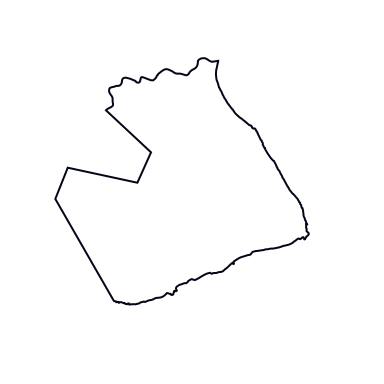 Gros Piton, Soufrière, Saint Lucia (Mercator projection), rotated 203°
{"feature_id": "8701671B60383917462580", "entity_name": "Gros Piton", "entity_type": "district", "adm_level": 2, "iso_a3": "LCA", "parent_name": "Saint Lucia", "parent_adm1": "Soufrière", "projection": "mercator", "projection_center": [-61.071, 13.808], "detail": "fine", "context": "isolated", "style": "outline", "palette": "ink", "viewbox_px": 384, "rotation_deg": 203, "n_neighbors": 0, "source": "geoboundaries", "source_scale": "gbopen_adm2", "svg_char_len": 5536}
<svg xmlns="http://www.w3.org/2000/svg" viewBox="0 0 384 384"><g transform="rotate(203 192 192)"><path d="M315.1,132.2L221.5,61.3L220.5,61.3L220.1,61.3L219.4,61.6L219.0,61.2L218.6,61.0L217.5,61.8L216.9,62.1L216.3,62.0L216.2,61.9L216.4,61.5L216.2,61.4L215.8,61.6L215.5,62.0L215.5,62.3L214.2,62.9L213.4,63.0L212.7,63.0L212.0,63.0L211.6,62.9L211.4,63.0L211.1,63.4L210.7,63.5L210.5,63.4L209.6,63.0L209.0,63.0L208.7,63.1L208.1,63.7L207.5,64.1L207.6,63.6L207.2,63.6L206.8,64.1L206.5,64.4L205.8,64.0L205.3,64.0L205.1,64.3L204.5,64.7L201.2,66.2L200.0,66.6L199.1,67.5L198.5,67.7L197.7,68.4L197.3,68.6L196.5,69.9L196.0,70.4L195.3,71.0L194.6,71.3L194.4,71.5L194.1,72.0L193.5,72.3L192.9,72.3L192.7,72.5L192.1,72.6L190.5,74.2L190.2,74.6L189.1,75.5L188.5,76.0L187.4,76.6L186.1,77.7L185.1,78.9L184.3,79.9L183.2,80.7L181.3,81.7L180.2,82.3L179.1,83.1L177.4,85.0L176.9,86.2L176.5,86.8L175.8,88.7L175.7,89.0L175.3,89.3L172.5,89.6L171.9,89.9L171.6,89.8L171.3,89.3L170.8,89.2L169.6,89.8L169.3,90.5L169.5,91.3L169.4,93.1L169.8,93.3L169.8,93.6L169.4,94.2L168.2,94.3L167.8,94.6L167.5,95.2L167.8,95.6L168.7,96.5L168.9,96.6L169.2,97.5L169.2,98.1L169.0,99.0L168.1,100.4L167.1,101.8L166.6,102.2L166.0,102.6L163.4,105.1L162.1,105.6L161.7,105.9L161.0,106.9L160.8,107.7L160.7,108.5L159.8,109.9L158.8,111.2L158.3,111.6L157.4,111.8L155.6,111.9L154.9,112.1L153.8,113.3L152.2,115.2L151.0,117.0L150.0,118.3L148.4,120.5L147.8,121.1L146.7,122.4L145.3,123.6L143.8,124.7L142.9,124.5L142.2,124.4L141.4,124.8L140.9,125.6L137.9,127.0L137.0,127.9L135.4,129.1L133.8,129.9L132.5,131.3L131.7,133.1L131.4,133.8L130.4,135.4L129.9,136.4L128.0,141.0L127.6,141.8L127.2,142.3L127.1,142.5L126.7,142.3L126.0,141.9L125.6,142.0L125.4,142.3L125.6,142.7L126.2,143.4L126.3,144.1L126.2,144.7L124.0,147.9L122.8,149.6L121.3,151.2L117.7,154.2L116.9,155.0L115.3,156.1L114.0,157.0L113.6,157.5L113.2,159.4L112.9,160.3L112.4,161.0L111.1,161.8L110.4,162.5L108.3,163.6L105.2,165.5L104.1,166.2L103.3,166.6L102.1,167.8L99.6,169.1L97.5,170.6L95.1,171.7L93.7,172.6L92.0,173.8L90.4,174.9L88.8,176.2L88.1,176.9L87.7,177.4L87.1,177.7L86.2,178.6L85.3,179.1L82.4,181.3L81.6,182.0L79.5,184.5L79.1,185.6L77.7,187.7L76.9,189.3L75.8,190.8L75.2,190.9L74.4,190.8L73.8,191.0L73.0,192.5L72.7,193.3L72.3,193.7L71.9,193.9L71.4,193.6L70.8,192.8L70.1,192.4L69.8,192.4L69.5,192.7L69.4,195.1L68.2,197.7L68.1,198.3L68.2,199.2L68.6,199.7L69.1,200.0L69.4,200.1L70.1,200.3L71.2,200.7L71.7,201.7L71.7,202.0L72.0,202.8L72.9,203.6L73.5,204.8L74.1,206.7L73.5,206.9L73.3,207.1L73.5,207.4L73.8,207.7L74.1,207.8L74.7,207.6L74.8,208.0L75.0,208.6L75.3,209.0L76.4,210.2L76.9,210.3L77.2,210.5L77.7,211.5L78.0,211.9L79.2,212.8L80.1,213.9L81.3,216.2L83.4,219.6L84.1,220.3L84.4,220.1L85.2,220.8L86.1,222.0L86.5,222.7L87.2,222.9L87.8,223.3L88.4,223.9L88.5,224.2L88.5,224.5L89.3,224.6L90.4,225.5L91.3,226.2L92.1,226.9L94.2,227.9L96.6,229.1L96.8,229.2L99.6,230.2L102.2,231.7L103.2,232.2L103.7,232.7L104.3,233.3L105.1,233.6L105.7,234.3L106.3,234.5L108.3,236.1L111.0,238.3L112.8,239.8L113.4,240.1L114.4,240.6L114.9,241.4L115.9,242.3L117.1,243.1L117.7,243.6L118.6,244.4L119.6,245.4L121.3,246.2L122.5,247.0L123.1,247.9L123.7,248.2L124.3,248.6L124.5,248.8L124.8,249.4L125.3,249.8L126.8,251.0L128.2,252.1L128.5,252.5L129.2,252.6L130.0,252.7L130.4,253.0L132.1,253.7L133.8,254.7L135.5,255.8L136.8,256.6L140.4,259.2L141.5,260.1L141.8,260.3L141.8,260.8L142.0,261.1L143.1,261.2L143.6,261.6L144.5,262.7L145.3,263.1L145.9,264.7L147.1,265.5L148.2,266.7L149.1,266.8L149.5,267.2L152.5,269.9L153.4,270.6L154.0,271.3L154.6,271.6L155.2,272.6L156.6,273.3L156.9,273.4L157.1,273.8L158.1,274.6L159.0,275.0L159.8,274.7L160.3,274.3L161.8,274.8L162.0,274.8L162.4,275.5L162.7,275.8L163.6,276.0L164.1,276.2L164.8,276.0L165.5,276.0L168.1,276.8L168.7,277.1L170.5,277.5L171.1,277.8L173.6,278.4L175.1,278.9L176.6,279.1L178.5,279.7L179.4,280.0L180.3,280.4L181.7,280.8L182.9,281.3L185.1,282.7L186.9,283.9L187.1,283.8L188.8,284.8L189.6,285.1L190.2,285.6L192.4,286.8L192.6,287.0L193.2,287.2L194.1,287.8L196.5,289.6L197.2,290.2L198.7,291.0L200.6,292.7L201.6,293.4L202.9,294.7L203.7,295.5L205.2,296.7L206.0,297.2L206.6,297.8L207.6,298.7L208.1,298.9L210.2,301.7L210.9,302.5L211.7,303.3L212.0,303.7L213.0,304.6L213.2,305.0L213.9,305.9L215.1,308.2L215.6,308.9L215.9,309.6L216.5,311.2L217.1,312.9L217.1,313.1L217.4,313.9L217.6,314.3L217.5,315.0L218.1,317.8L218.6,320.4L219.0,322.8L219.1,323.0L222.6,320.8L224.6,319.6L226.2,319.5L227.7,319.7L230.5,320.2L232.2,320.2L234.0,319.6L236.0,318.3L237.2,316.7L237.8,315.0L237.1,313.2L236.8,312.0L236.6,310.9L236.7,309.1L237.4,307.2L238.2,306.1L239.7,304.2L240.7,302.2L241.0,301.3L241.1,300.0L241.6,298.5L242.6,297.3L243.8,297.0L248.4,296.5L250.3,295.9L251.0,295.5L252.8,294.9L254.2,294.8L257.5,295.4L261.7,295.5L263.1,295.2L264.4,294.7L265.4,293.7L265.7,293.4L265.9,293.2L267.3,291.0L268.2,289.3L269.2,287.5L269.3,286.1L269.7,285.6L269.8,283.1L270.4,281.5L271.0,280.2L271.6,279.5L272.6,279.1L273.7,278.8L278.5,278.6L281.8,278.5L283.3,278.0L283.7,277.2L283.4,275.4L283.1,273.4L283.2,272.7L283.8,271.8L285.4,271.3L286.0,271.3L286.9,271.8L288.4,272.2L288.6,272.1L293.4,272.1L295.6,271.7L297.2,271.5L298.8,270.8L299.7,269.8L300.0,269.1L300.1,267.9L299.9,267.0L299.4,265.3L299.4,263.5L300.1,261.9L301.0,261.0L302.6,260.4L305.6,257.9L307.1,256.9L308.2,255.7L308.4,254.2L307.7,252.5L306.9,251.2L304.7,249.7L303.3,248.9L301.9,247.6L300.9,245.4L299.8,243.2L299.0,242.0L298.6,240.6L299.1,239.4L299.7,238.5L301.8,236.0L302.5,235.0L303.1,233.6L245.2,212.5L245.9,179.2L315.9,165.8L315.8,163.4L315.1,132.2Z" fill="none" stroke="#020617" stroke-width="2"/></g></svg>